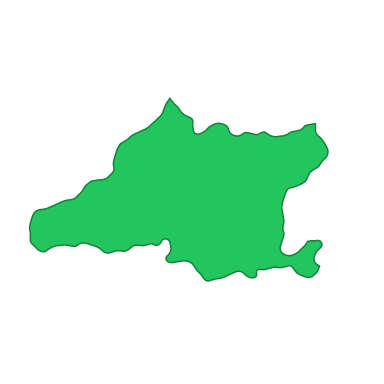 outline of Pedro Brand, Santo Domingo, Dominican Republic, rotated 288°
{"feature_id": "3306468B67900396339745", "entity_name": "Pedro Brand", "entity_type": "district", "adm_level": 2, "iso_a3": "DOM", "parent_name": "Dominican Republic", "parent_adm1": "Santo Domingo", "projection": "robinson", "projection_center": [-70.09, 18.624], "detail": "fine", "context": "isolated", "style": "filled", "palette": "green", "viewbox_px": 384, "rotation_deg": 288, "n_neighbors": 0, "source": "geoboundaries", "source_scale": "gbopen_adm2", "svg_char_len": 5274}
<svg xmlns="http://www.w3.org/2000/svg" viewBox="0 0 384 384"><g transform="rotate(288 192 192)"><path d="M94.9,53.7L93.9,54.9L93.1,56.2L91.6,59.4L89.7,63.0L89.4,63.8L89.0,65.6L88.9,67.4L89.0,68.2L89.5,69.8L89.9,70.5L90.4,71.1L92.9,72.9L94.9,74.6L96.9,76.6L98.6,78.9L99.4,80.6L100.4,83.1L101.9,86.2L102.5,87.8L102.9,89.6L103.5,95.0L103.8,96.6L104.1,97.4L104.5,98.1L105.0,98.6L107.3,100.4L108.4,101.5L109.3,102.8L110.0,104.5L110.4,106.3L110.6,109.1L110.6,114.1L110.5,118.0L110.2,119.9L109.9,121.7L109.3,123.3L108.3,125.5L107.8,127.0L107.6,128.8L107.8,130.6L108.2,131.4L109.0,133.0L111.8,136.8L112.7,138.3L113.4,140.0L114.6,145.3L115.0,146.2L115.8,147.6L116.3,148.2L117.5,149.4L118.8,150.2L120.9,151.4L122.2,152.4L123.3,153.6L124.1,155.1L124.7,156.8L125.4,160.3L125.9,162.1L126.7,163.7L129.7,168.3L130.3,169.7L130.4,171.1L130.1,173.5L130.1,174.2L130.7,175.5L131.6,176.6L132.7,177.4L134.2,177.9L137.0,178.5L137.6,178.8L138.2,179.3L138.7,180.0L139.1,180.7L139.4,182.3L139.2,183.9L138.9,184.7L138.5,185.5L138.0,186.1L134.1,188.4L131.9,189.5L131.1,189.7L129.4,189.9L126.9,189.6L125.3,189.1L122.9,187.9L122.2,187.7L121.6,187.6L120.9,187.8L120.2,188.1L119.1,189.0L118.7,189.7L118.3,190.4L118.1,191.3L118.1,192.1L118.3,193.9L118.9,195.4L120.5,198.3L122.0,201.5L123.6,204.5L124.3,206.1L124.5,207.0L124.8,208.8L124.8,210.7L124.7,211.6L124.2,213.5L123.4,215.2L118.9,221.1L116.4,225.9L112.8,231.0L112.2,232.5L112.1,233.4L112.2,234.2L112.4,235.0L113.3,236.5L116.4,240.9L118.3,244.9L119.3,246.5L121.7,249.6L128.9,257.4L130.1,258.9L131.0,260.5L131.3,261.4L131.4,262.3L131.4,264.1L131.0,265.7L129.3,269.3L129.0,270.2L128.7,272.0L128.6,273.8L128.7,274.7L129.1,276.4L129.5,277.2L130.5,278.3L131.7,279.1L132.4,279.2L133.0,279.1L135.2,278.2L136.4,277.9L137.0,277.9L137.7,278.1L138.3,278.5L138.7,279.0L139.3,280.3L140.1,283.5L140.7,285.2L141.7,286.8L144.9,291.5L145.7,293.2L146.3,294.9L147.1,298.5L147.6,300.2L148.5,301.9L151.0,305.5L151.8,306.9L152.1,307.7L152.2,308.6L152.1,309.4L151.8,310.2L151.0,311.6L148.9,314.4L147.9,315.9L147.5,316.8L146.9,318.6L146.5,321.4L146.3,325.2L146.5,328.0L146.9,329.7L147.2,330.5L147.6,331.2L148.7,332.3L152.6,334.8L154.1,335.5L154.9,335.8L156.6,336.1L161.0,336.2L161.5,333.6L161.8,332.8L162.6,331.3L163.7,330.1L164.3,329.5L165.1,329.1L166.7,328.5L168.4,328.3L170.2,328.3L171.9,328.5L173.6,328.8L175.2,329.4L178.6,331.4L180.0,331.9L181.6,332.0L182.4,331.8L183.7,331.0L184.6,329.8L184.9,329.1L185.1,328.3L185.0,327.5L184.6,326.1L183.7,324.1L182.2,319.9L180.8,317.3L175.8,315.9L171.6,313.5L168.5,312.1L167.0,311.0L165.6,309.8L164.2,308.5L163.0,307.0L162.0,305.4L161.3,303.6L161.0,301.7L161.0,299.9L161.3,298.0L161.6,297.1L162.5,295.6L163.6,294.4L165.1,293.5L165.9,293.2L167.7,292.9L170.5,292.8L177.0,292.8L178.7,292.7L180.4,292.4L181.8,291.9L183.8,290.3L185.3,289.7L186.9,289.3L191.4,288.7L193.2,288.2L194.7,287.5L197.5,285.9L200.5,284.5L204.1,282.5L205.7,281.9L206.7,281.7L209.7,281.3L213.8,281.2L218.9,281.2L221.8,281.5L223.5,281.9L224.4,282.3L225.1,282.7L226.0,283.9L228.3,287.4L231.2,291.1L234.4,294.4L236.5,296.1L237.3,296.5L239.0,297.0L245.0,297.7L246.7,298.1L247.5,298.4L249.6,299.7L253.4,303.0L255.4,304.4L257.0,305.0L260.3,305.9L261.9,306.4L265.4,308.4L266.9,309.0L268.6,309.3L270.4,309.3L272.1,309.0L273.7,308.3L275.8,306.7L277.7,304.7L280.2,301.9L281.9,299.6L283.3,297.3L284.6,294.1L285.5,292.7L286.7,291.5L288.0,290.6L288.8,290.2L293.4,289.0L295.1,288.1L293.0,284.1L290.6,279.8L289.5,278.8L286.3,277.4L285.1,276.6L284.1,275.4L281.3,270.7L280.2,268.6L279.3,267.3L276.3,264.9L274.7,263.1L273.4,261.0L272.3,258.5L270.8,255.5L270.2,253.9L270.0,253.0L269.8,250.2L270.1,247.5L271.2,243.9L271.4,243.2L271.4,242.5L271.2,241.8L271.0,241.2L270.2,240.0L269.3,239.0L267.7,237.7L267.2,237.2L266.5,235.7L266.1,232.9L265.7,227.1L265.3,225.3L265.0,224.5L264.6,223.8L264.1,223.2L261.8,221.5L260.2,219.7L259.4,218.3L259.1,217.4L258.8,215.6L258.8,213.7L258.9,212.8L259.4,211.1L259.8,210.3L261.3,208.5L264.2,206.3L264.7,205.7L265.5,204.3L265.9,202.7L266.1,200.9L266.0,198.1L265.6,196.2L265.3,195.3L264.4,193.6L263.3,192.0L261.3,190.0L259.9,188.8L258.4,187.8L254.5,185.9L253.0,184.8L251.0,182.9L249.3,180.8L248.6,179.2L248.5,178.3L248.5,177.5L248.6,176.7L249.0,175.9L249.5,175.3L250.1,174.9L254.6,172.4L256.1,171.8L258.4,171.3L259.8,170.9L260.4,170.5L261.0,170.0L261.5,169.3L261.8,168.6L262.2,167.0L262.8,161.7L263.2,159.9L263.6,159.1L264.5,157.4L268.3,152.1L270.2,148.0L271.0,146.6L274.3,142.0L272.1,141.4L269.3,140.5L267.6,140.1L264.9,139.9L258.7,139.6L256.2,139.2L254.6,138.6L251.1,136.5L248.1,135.1L243.9,132.5L240.9,131.0L239.4,130.0L237.3,128.1L230.1,120.2L227.3,117.6L225.9,116.6L222.1,114.5L216.6,109.7L215.0,108.7L214.1,108.4L211.4,107.9L208.7,107.7L202.1,107.7L197.4,107.9L194.8,108.4L193.2,109.0L190.5,110.5L189.0,110.9L188.2,111.0L187.4,110.9L185.8,110.5L179.4,107.1L178.2,106.0L176.6,104.0L175.8,102.5L174.5,99.2L171.9,94.2L171.0,92.8L170.4,92.3L165.9,89.3L164.4,88.6L162.8,88.1L158.6,87.2L157.0,86.6L153.5,84.6L150.6,83.1L149.9,82.6L148.7,81.5L147.3,79.4L145.5,75.4L143.9,73.1L141.5,70.2L134.4,62.4L131.9,59.5L130.8,58.0L129.8,56.4L128.4,53.2L127.6,51.7L126.5,50.4L125.9,49.8L124.6,48.9L123.8,48.5L122.1,48.1L119.5,47.8L114.1,47.8L109.7,48.2L107.2,48.8L103.6,50.7L102.1,51.3L98.0,52.5L94.9,53.7Z" fill="#22c55e" stroke="#15803d" stroke-width="1.5"/></g></svg>